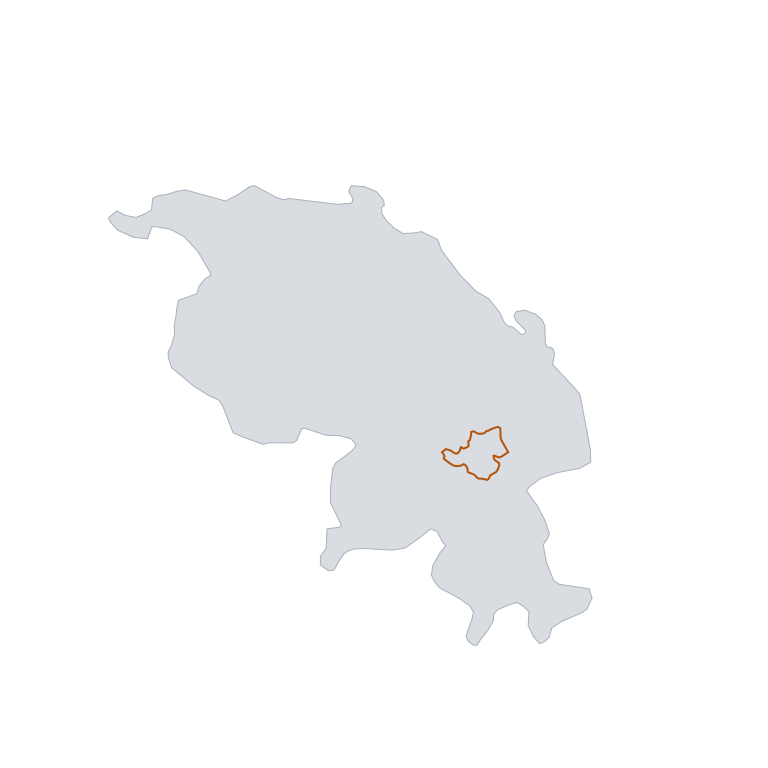 Glarus on a map of Switzerland (Robinson projection), rotated 51°
{"feature_id": "CHE-169", "entity_name": "Glarus", "entity_type": "Canton", "adm_level": 1, "iso_a3": "CHE", "parent_name": "Switzerland", "parent_adm1": "", "projection": "robinson", "projection_center": [9.033, 46.988], "detail": "fine", "context": "in_parent", "style": "outline", "palette": "amber", "viewbox_px": 768, "rotation_deg": 51, "n_neighbors": 0, "source": "natural_earth", "source_scale": "10m", "svg_char_len": 3747}
<svg xmlns="http://www.w3.org/2000/svg" viewBox="0 0 768 768"><g transform="rotate(51 384 384)"><path d="M561.1,262.9L565.2,265.1L574.8,272.5L572.6,285.1L561.7,305.5L555.9,321.9L555.3,334.5L556.4,340.5L558.4,340.4L568.9,341.3L574.2,341.3L591.0,344.7L604.5,349.7L607.2,354.9L609.0,361.4L625.0,370.1L643.4,375.8L649.7,374.0L672.3,353.5L681.2,356.9L686.6,367.8L686.4,373.6L680.3,395.4L679.2,407.1L684.7,414.9L685.3,420.9L683.8,426.4L674.7,426.9L662.4,423.9L652.0,414.5L644.2,415.6L637.4,418.1L634.0,427.0L630.9,437.7L632.0,443.6L636.9,448.1L640.7,457.9L643.5,470.4L645.6,476.2L643.3,478.8L636.9,480.5L631.5,478.8L622.1,463.8L617.7,458.0L610.3,457.0L597.2,460.7L577.2,469.1L569.1,469.1L562.3,467.4L555.8,460.2L550.3,446.4L548.6,437.8L544.7,438.1L531.9,435.6L526.0,439.0L525.9,453.1L524.8,470.6L518.4,482.0L500.5,501.6L493.9,510.1L491.3,516.3L490.7,521.6L493.4,530.8L497.2,539.6L494.1,544.7L484.6,547.3L477.9,541.9L475.3,532.4L460.8,519.4L467.4,508.5L466.3,505.8L442.4,500.2L432.1,491.9L417.7,477.5L415.0,471.3L415.7,451.2L414.9,446.3L413.0,443.9L406.0,444.0L396.2,451.0L387.2,461.5L368.7,473.3L366.8,475.8L372.9,487.3L372.6,491.7L357.5,510.0L354.6,516.1L335.5,527.6L326.8,531.9L300.4,523.4L293.1,522.4L281.2,528.1L264.5,533.5L237.5,538.8L227.6,534.9L222.9,531.2L220.7,525.7L214.0,515.9L206.4,510.1L201.2,503.8L194.2,496.8L189.7,491.0L196.0,472.6L191.6,466.1L189.5,456.8L190.7,450.5L188.3,449.0L164.1,445.3L143.9,446.5L129.4,452.7L117.5,462.9L116.0,465.1L116.7,467.0L122.4,476.4L112.4,486.4L97.0,494.1L86.2,494.9L81.4,493.4L81.4,482.7L90.4,478.8L98.6,471.9L101.4,462.1L102.5,455.2L94.1,446.9L95.3,441.8L100.7,432.1L103.9,423.6L108.2,416.2L125.1,404.1L142.1,392.0L144.8,379.1L146.3,363.3L148.7,359.6L171.5,350.2L177.2,346.5L180.1,341.1L198.2,323.5L216.0,306.1L219.6,300.2L222.6,296.8L222.6,293.9L220.4,291.7L212.1,290.3L209.3,284.7L218.5,274.8L230.0,268.8L241.1,268.7L245.5,271.5L245.2,274.7L250.0,278.3L258.3,279.4L268.7,278.2L279.1,274.5L285.5,265.7L289.2,259.0L305.5,251.4L316.5,255.2L347.2,256.3L369.5,254.2L383.5,249.0L400.9,249.0L412.5,251.9L414.6,251.5L417.8,250.8L420.9,248.1L431.9,246.2L433.4,243.8L432.9,241.5L431.0,240.3L417.5,241.5L412.3,239.7L411.0,235.5L415.4,228.1L425.3,222.2L433.7,220.7L439.8,222.3L454.5,233.4L458.1,233.7L460.1,231.7L463.2,230.6L468.3,232.8L474.0,239.7L475.0,240.7L508.0,238.3L515.4,238.3L537.8,250.4L561.1,262.9Z" fill="#d9dde1" stroke="#a8b0b8" stroke-width="1"/><path d="M481.5,364.0L484.4,362.7L485.0,360.7L485.5,358.5L485.3,357.4L484.8,356.6L482.6,355.4L482.0,354.8L481.4,353.9L481.4,353.4L481.7,352.8L481.7,352.6L478.0,347.9L476.1,346.5L476.7,344.6L478.3,343.6L481.6,342.3L482.8,341.1L483.8,339.8L485.2,337.4L485.3,336.2L485.0,334.0L485.6,333.1L485.9,332.5L486.3,330.6L486.3,329.6L488.9,322.5L491.0,321.6L491.8,321.6L498.9,327.0L500.9,328.0L515.1,330.4L514.4,338.4L513.6,340.7L509.0,343.5L508.7,343.9L508.7,344.2L511.2,345.4L512.1,345.7L514.6,345.4L516.1,344.8L517.1,344.5L518.1,344.4L519.2,345.1L520.3,346.4L522.1,349.5L522.6,351.0L522.9,352.2L522.2,357.0L522.1,357.4L521.8,358.0L521.9,358.6L522.4,360.1L523.4,362.1L523.6,362.7L523.3,364.3L519.5,367.1L517.3,369.8L516.5,370.2L515.4,370.7L512.9,370.7L511.0,371.0L506.4,373.7L505.0,374.1L503.9,373.7L503.3,373.0L502.3,372.4L501.0,372.0L498.8,371.8L497.5,372.1L496.6,372.4L496.3,372.8L496.2,373.4L496.2,374.7L496.0,375.3L495.6,375.8L495.3,376.5L494.9,377.3L494.2,378.5L493.2,379.6L491.3,381.2L488.3,382.4L480.8,384.4L479.5,384.4L479.0,384.1L478.7,383.0L478.5,382.5L477.8,382.4L476.4,382.0L473.6,381.9L473.5,378.7L473.4,377.8L473.6,376.8L477.1,374.5L477.8,374.0L478.1,373.7L478.5,373.7L479.0,373.7L479.6,373.6L482.4,372.5L483.4,371.9L483.9,371.0L484.0,369.3L483.9,368.3L483.6,367.2L483.3,366.8L481.5,364.0Z" fill="none" stroke="#b45309" stroke-width="2"/></g></svg>